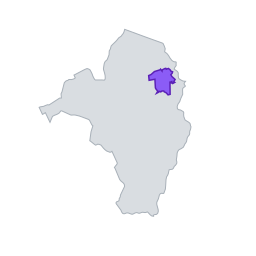 Juba, Central Equatoria, South Sudan shown in context, rotated 245°
{"feature_id": "79223893B61077901252755", "entity_name": "Juba", "entity_type": "district", "adm_level": 2, "iso_a3": "SSD", "parent_name": "South Sudan", "parent_adm1": "Central Equatoria", "projection": "orthographic", "projection_center": [31.407, 4.711], "detail": "fine", "context": "in_parent", "style": "filled", "palette": "violet", "viewbox_px": 256, "rotation_deg": 245, "n_neighbors": 0, "source": "geoboundaries", "source_scale": "gbopen_adm2", "svg_char_len": 4154}
<svg xmlns="http://www.w3.org/2000/svg" viewBox="0 0 256 256"><g transform="rotate(245 128 128)"><path d="M197.6,187.8L191.0,194.5L190.5,195.0L189.7,195.5L186.9,195.5L184.1,195.2L181.6,193.4L178.9,194.8L177.3,195.2L176.3,195.4L173.9,195.6L170.7,196.3L169.2,197.2L168.4,198.0L167.7,199.3L167.4,199.4L166.8,199.3L165.9,198.7L164.2,198.0L163.3,196.3L162.5,195.3L161.8,194.7L159.0,196.4L157.7,196.8L156.6,196.8L154.6,195.8L152.3,195.0L151.2,195.0L149.5,196.0L147.5,197.5L146.5,199.0L146.0,199.9L145.3,198.5L144.7,197.7L143.7,197.4L141.9,197.7L141.4,197.2L141.3,196.1L141.0,195.0L140.6,194.2L139.1,193.4L135.4,191.8L132.6,188.5L131.1,187.0L130.1,186.1L128.6,183.5L126.9,181.8L124.9,181.0L123.5,181.3L122.1,183.2L119.5,185.0L118.3,185.0L116.7,184.1L114.8,183.4L111.3,183.1L109.9,183.9L108.0,185.2L106.4,186.0L105.4,186.1L104.4,185.8L103.4,185.6L102.5,185.6L100.6,184.3L99.7,183.4L99.0,182.6L98.0,182.0L96.8,181.5L95.9,180.7L95.4,179.7L94.8,178.5L93.9,177.4L91.0,175.3L90.2,174.2L89.6,173.0L88.5,171.7L87.2,170.0L86.8,167.5L86.8,165.5L86.6,164.6L86.0,163.6L85.4,162.8L84.4,161.9L82.1,160.6L79.8,159.1L78.6,158.3L76.5,157.9L75.2,157.1L74.1,155.2L73.7,153.7L72.6,152.5L72.1,151.6L71.9,150.7L72.8,147.7L71.5,146.6L69.7,145.3L68.3,143.8L67.5,142.4L65.1,140.6L59.9,137.8L56.9,136.1L55.3,134.5L53.8,133.0L53.7,132.3L54.7,130.8L54.8,129.6L54.1,128.2L51.0,125.6L48.5,122.7L46.7,121.8L42.1,121.0L40.8,120.7L39.5,120.1L38.1,118.8L37.7,117.3L38.4,114.9L38.0,114.1L37.2,113.9L37.5,113.4L38.3,112.3L39.8,111.5L43.5,110.3L43.8,109.9L43.9,108.4L44.2,107.6L45.5,105.6L45.7,104.7L45.8,102.9L46.0,102.1L46.4,101.5L47.4,100.5L47.8,99.8L48.0,98.5L47.9,95.8L48.5,94.7L50.9,92.3L51.5,91.2L51.7,90.2L51.7,89.2L51.9,88.2L52.6,87.3L53.2,87.0L55.0,86.7L56.2,86.9L64.5,85.3L65.4,85.6L65.9,86.5L65.8,88.1L65.9,88.9L66.4,89.5L67.7,90.2L68.6,91.5L69.0,92.0L70.4,92.8L76.4,100.1L78.2,100.8L79.9,100.6L83.2,99.1L84.9,98.7L96.7,99.2L98.0,99.0L99.9,102.7L100.7,103.5L113.7,103.6L113.4,102.6L113.6,101.4L115.9,99.2L116.2,98.9L118.2,97.9L120.2,97.2L123.9,96.3L125.3,95.0L126.1,93.8L126.1,91.5L126.6,91.1L127.5,90.6L131.8,88.5L132.6,88.0L140.2,92.9L144.5,96.8L144.8,97.0L145.0,97.1L145.2,96.9L145.4,96.8L145.9,96.6L147.8,96.5L151.3,96.4L152.4,95.9L159.4,89.0L161.2,86.7L161.6,86.3L162.6,84.7L163.7,82.0L163.9,81.7L171.5,75.2L171.8,74.7L171.9,74.3L170.7,72.1L170.5,71.0L170.4,69.3L170.6,66.6L170.5,65.0L170.4,64.5L170.4,64.4L166.1,59.7L176.8,59.6L176.8,59.0L176.8,58.8L176.6,58.2L176.5,57.5L176.5,57.1L176.6,56.7L176.5,56.3L176.5,56.2L184.3,56.2L184.2,57.5L183.3,60.7L183.3,62.6L183.1,64.8L182.8,65.4L182.4,65.9L182.3,66.2L182.3,66.4L184.0,78.6L183.9,79.1L183.4,79.9L183.3,80.1L183.3,80.3L183.5,80.4L187.1,81.7L187.2,81.8L187.4,81.9L188.7,83.5L195.7,89.2L196.0,89.5L196.7,91.3L196.8,91.6L196.8,92.1L196.8,92.4L196.6,93.5L196.7,94.0L196.8,94.3L196.9,94.7L196.9,94.8L196.9,95.1L195.8,97.2L195.5,98.7L195.4,99.9L195.5,100.6L195.6,101.1L195.7,101.3L195.8,101.4L198.8,101.4L198.8,102.0L199.3,113.0L199.3,114.3L199.2,115.8L198.9,116.4L198.0,117.3L196.9,118.1L194.2,118.3L191.9,118.3L190.3,118.1L188.1,118.1L186.0,118.3L185.2,118.9L182.5,124.8L181.6,126.3L181.4,127.1L181.7,127.6L182.7,128.4L185.1,129.4L187.8,130.0L189.9,130.3L191.2,130.5L192.3,130.9L196.2,133.5L197.4,134.7L198.1,135.8L198.3,137.0L198.9,138.2L202.4,141.8L205.8,143.6L207.1,145.5L208.3,146.4L209.5,147.5L210.1,149.0L211.6,153.4L212.6,155.7L213.6,157.6L214.1,160.7L214.9,162.0L215.7,163.7L217.0,165.2L218.5,166.4L218.8,166.7L204.3,181.1L197.6,187.8Z" fill="#d9dde1" stroke="#a8b0b8" stroke-width="1"/><path d="M160.7,191.6L161.2,191.0L162.9,190.8L164.9,189.8L165.1,187.5L165.9,187.6L166.3,187.0L166.3,185.4L166.2,183.6L165.2,182.9L167.6,182.4L167.4,182.0L167.2,181.6L168.0,175.8L166.7,171.5L166.8,168.9L162.3,167.3L160.8,173.0L152.8,169.8L151.7,169.8L148.7,170.5L147.4,168.6L147.5,170.8L148.1,171.6L147.6,172.5L147.1,172.5L146.9,173.6L147.2,174.4L146.4,176.1L145.5,176.1L143.8,177.5L141.1,178.3L140.7,180.4L151.6,185.3L150.8,186.0L151.7,186.5L151.6,187.3L150.8,187.0L149.4,187.3L149.6,189.6L150.5,188.9L152.1,191.2L156.2,189.5L158.2,189.4L158.9,191.1L160.1,192.2L160.7,191.6Z" fill="#8b5cf6" stroke="#5b21b6" stroke-width="1.5"/></g></svg>